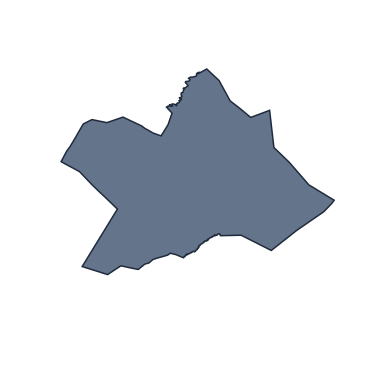 outline of O'ndor-Ulaan, Arhangay, Mongolia, rotated 27°
{"feature_id": "93677404B74246674893710", "entity_name": "O'ndor-Ulaan", "entity_type": "district", "adm_level": 2, "iso_a3": "MNG", "parent_name": "Mongolia", "parent_adm1": "Arhangay", "projection": "orthographic", "projection_center": [100.716, 48.014], "detail": "fine", "context": "isolated", "style": "filled", "palette": "slate", "viewbox_px": 384, "rotation_deg": 27, "n_neighbors": 0, "source": "geoboundaries", "source_scale": "gbopen_adm2", "svg_char_len": 5216}
<svg xmlns="http://www.w3.org/2000/svg" viewBox="0 0 384 384"><g transform="rotate(27 192 192)"><path d="M154.3,303.9L162.1,290.1L175.5,286.5L179.3,285.4L182.7,277.7L185.9,274.7L187.9,269.8L192.9,264.9L198.9,259.4L200.5,256.4L206.2,255.1L214.2,254.5L214.3,254.3L214.4,254.2L214.3,253.8L214.3,253.5L214.3,253.3L214.3,253.0L214.4,252.9L214.6,252.8L214.9,252.8L215.0,252.7L215.1,252.4L214.9,251.9L215.0,251.8L215.0,251.6L215.2,251.4L215.3,251.1L215.3,250.9L215.5,250.8L215.6,250.7L215.4,250.7L215.2,250.6L215.0,250.4L215.1,250.1L215.4,250.1L215.6,250.0L215.9,250.0L216.1,249.9L216.1,249.7L216.3,249.3L216.3,249.2L216.6,249.1L216.6,248.8L216.9,248.8L217.0,248.6L217.3,248.5L217.4,248.4L217.6,248.1L217.8,248.0L217.9,247.9L217.9,247.5L218.0,247.3L218.3,247.1L218.3,246.8L218.4,246.5L218.5,246.3L218.7,246.2L218.9,246.1L219.0,246.1L219.0,245.7L219.3,245.5L219.7,245.3L219.8,244.8L219.9,244.5L220.2,244.3L220.6,244.1L220.8,244.0L221.0,244.0L221.3,244.2L221.5,244.0L221.6,243.9L221.7,243.5L221.9,243.2L222.0,243.1L222.0,242.8L221.9,242.6L221.7,242.3L221.8,242.1L222.0,242.0L222.1,241.9L222.2,241.7L222.6,241.1L222.8,240.8L222.8,240.7L222.5,240.2L222.5,239.9L223.0,239.4L223.0,238.9L223.1,238.7L223.2,238.2L222.9,238.1L222.6,237.8L222.6,237.6L222.6,237.4L222.8,237.1L222.9,236.8L222.7,236.6L222.6,236.4L222.8,236.3L223.1,236.3L223.3,236.1L223.4,235.9L223.5,235.6L223.5,235.3L223.5,235.1L223.6,234.8L223.6,234.5L223.6,234.2L223.8,233.9L224.0,233.7L224.4,233.5L224.5,233.3L224.6,232.9L224.7,232.7L225.1,232.2L225.1,231.7L225.2,231.3L225.3,231.2L225.5,231.1L225.4,230.8L225.4,230.7L225.6,230.6L225.8,230.7L226.0,230.2L225.9,230.0L225.8,229.9L226.2,229.5L226.3,229.3L226.4,229.2L226.7,229.1L226.8,228.9L227.0,228.8L227.3,228.9L227.3,228.7L227.7,228.2L227.4,228.1L227.2,227.9L227.3,227.7L227.8,227.8L227.9,227.7L227.7,227.1L227.6,226.8L227.7,226.7L227.8,226.5L227.9,226.4L228.2,226.5L228.2,226.4L228.3,226.1L228.4,225.9L228.6,225.2L228.7,224.9L228.9,224.7L229.1,224.4L229.6,224.0L229.9,223.6L230.0,223.5L229.9,223.1L230.0,222.9L230.5,222.9L230.7,222.7L230.8,222.4L230.8,222.2L230.8,221.8L230.8,221.6L231.2,221.4L231.3,221.2L231.6,221.0L231.7,220.8L231.8,220.8L232.0,220.9L232.2,220.7L232.1,220.4L232.3,220.2L232.2,220.1L232.0,219.9L232.4,219.9L232.5,219.8L232.7,219.7L232.8,219.8L233.0,219.8L233.1,219.7L233.3,219.4L233.6,219.3L233.7,219.2L233.8,219.0L233.8,218.9L234.1,218.7L234.1,218.2L234.0,217.9L234.2,217.6L234.3,217.5L234.8,217.2L235.0,217.2L235.2,216.9L235.4,216.8L235.5,216.9L235.7,216.7L237.2,218.0L255.4,208.2L289.2,208.1L302.9,178.3L318.4,149.7L321.8,138.6L322.4,134.8L292.9,132.6L265.2,121.4L244.8,115.2L233.7,98.5L224.1,84.0L216.7,92.1L210.4,98.9L197.3,95.9L184.7,93.5L165.5,80.4L149.3,75.7L144.2,83.2L143.7,82.3L143.0,83.2L142.7,83.8L142.4,84.2L142.4,84.7L142.8,84.6L143.1,85.7L143.1,86.2L143.1,86.7L142.9,87.1L142.7,87.4L142.3,87.7L141.8,88.0L141.4,88.4L140.9,88.9L140.7,89.0L140.1,89.6L139.7,89.8L139.3,89.9L139.0,90.0L138.9,90.0L138.6,90.3L138.3,90.7L137.8,91.5L137.4,91.9L137.3,92.4L137.4,92.5L138.0,92.4L138.4,92.3L138.8,92.4L139.0,92.6L139.2,92.9L139.2,93.3L139.2,93.7L139.1,94.0L138.8,94.5L138.4,95.1L137.7,95.5L137.2,95.7L136.6,96.1L136.3,96.4L136.2,96.8L136.3,97.3L136.6,97.5L137.0,97.7L137.2,97.8L137.6,97.8L137.9,97.9L138.1,98.0L138.3,98.1L138.7,98.3L139.1,98.4L139.4,98.6L140.1,98.9L140.3,99.1L140.0,99.8L139.7,100.1L139.4,100.5L139.3,100.9L139.1,101.7L139.0,102.0L138.7,102.3L138.4,102.5L137.9,102.7L137.5,103.0L137.3,103.2L137.2,103.7L137.2,103.8L137.3,103.9L137.5,103.9L137.8,103.8L138.1,103.8L138.3,103.8L138.5,104.0L138.4,104.6L138.3,104.9L138.3,105.3L138.3,105.7L138.4,106.1L138.5,106.6L138.6,106.9L138.7,107.2L138.7,107.4L138.6,107.7L138.3,107.9L137.8,108.2L137.6,108.4L137.5,108.6L137.5,109.0L138.1,109.9L138.3,110.4L138.4,110.5L138.6,110.7L139.1,110.9L139.4,111.1L139.5,111.3L139.6,111.6L139.5,111.9L139.4,112.4L139.2,112.8L138.9,113.0L138.4,113.2L138.2,113.4L138.0,113.8L138.3,114.1L138.7,114.3L139.0,114.3L139.3,114.2L139.7,114.1L140.0,113.9L140.2,114.0L140.5,114.1L140.5,114.3L140.4,114.7L140.3,115.0L140.1,115.3L139.9,115.6L139.5,115.8L139.2,116.0L139.0,116.6L139.4,116.7L139.8,116.8L139.9,116.7L140.1,116.9L140.1,117.1L140.0,117.3L139.9,117.6L139.9,117.8L139.9,118.2L139.8,118.5L139.6,118.7L139.4,118.8L139.1,119.0L138.8,119.2L138.6,119.6L138.4,120.0L138.4,120.4L138.2,120.8L138.4,121.0L138.9,121.5L139.0,121.5L139.1,121.8L139.0,122.0L138.8,122.2L138.6,122.2L138.0,121.9L137.7,121.7L137.2,121.7L136.7,121.8L136.3,121.9L136.0,122.0L135.6,122.1L134.7,122.3L134.4,122.5L134.2,122.9L134.3,123.1L134.6,123.4L135.0,123.7L135.4,124.0L135.5,124.2L135.5,124.4L135.4,124.5L135.1,124.7L134.6,125.0L134.3,125.1L134.1,125.1L133.9,125.0L133.8,124.9L133.7,124.7L133.3,124.7L133.1,124.7L132.9,124.6L132.9,124.1L132.7,124.1L132.4,124.4L132.4,124.6L132.4,125.0L132.5,125.5L132.6,126.0L132.6,126.3L132.3,126.5L131.8,126.5L131.6,126.5L131.3,126.8L131.1,127.1L130.7,128.0L138.4,130.8L140.1,143.0L139.0,156.0L130.9,157.1L121.1,156.7L117.4,156.0L96.5,156.6L84.7,168.8L70.0,172.9L64.3,180.6L64.1,182.8L63.6,192.4L63.5,195.7L62.7,207.3L61.8,212.2L61.6,224.4L67.1,224.6L82.4,224.9L99.0,230.7L108.2,233.6L115.3,235.6L133.3,241.1L128.0,308.3L154.3,303.9Z" fill="#64748b" stroke="#1e293b" stroke-width="1.5"/></g></svg>